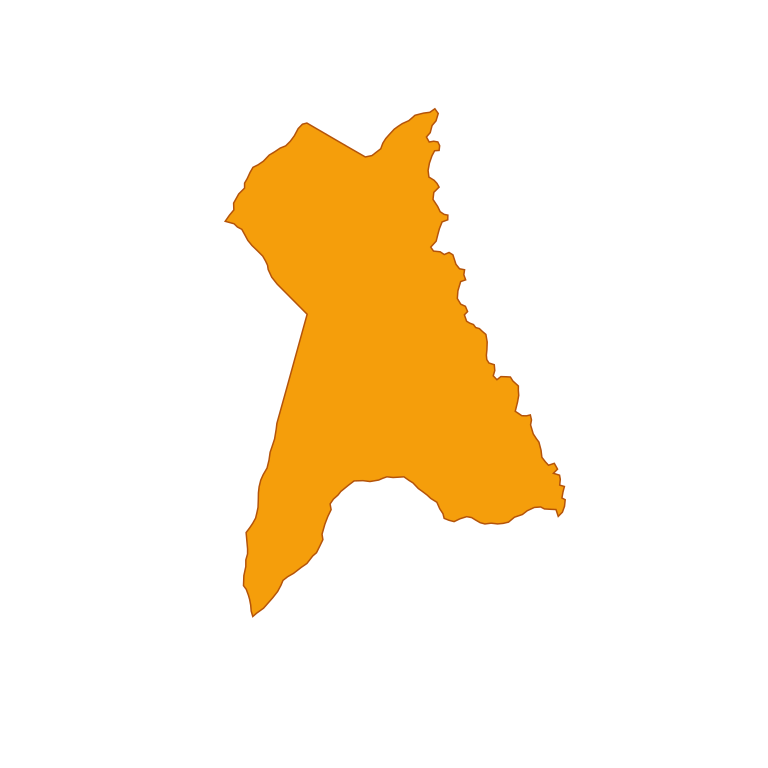 the district of Jaguapitã, Paraná, Brazil, rotated 208°
{"feature_id": "56859067B47471443694247", "entity_name": "Jaguapitã", "entity_type": "district", "adm_level": 2, "iso_a3": "BRA", "parent_name": "Brazil", "parent_adm1": "Paraná", "projection": "equal_earth", "projection_center": [-51.575, -23.05], "detail": "fine", "context": "isolated", "style": "filled", "palette": "amber", "viewbox_px": 768, "rotation_deg": 208, "n_neighbors": 0, "source": "geoboundaries", "source_scale": "gbopen_adm2", "svg_char_len": 3075}
<svg xmlns="http://www.w3.org/2000/svg" viewBox="0 0 768 768"><g transform="rotate(208 384 384)"><path d="M360.8,514.3L364.8,517.9L366.5,522.7L371.4,521.2L376.7,523.5L380.1,526.8L383.8,530.4L388.3,530.7L391.6,526.6L396.5,527.1L402.7,524.6L407.0,526.8L405.0,534.6L406.7,541.5L408.0,547.2L408.8,554.4L404.8,558.9L406.9,563.1L410.5,562.0L415.3,562.5L419.9,565.9L427.4,570.0L430.0,576.6L427.8,583.7L431.4,586.0L435.4,587.4L441.5,587.8L445.3,593.2L447.6,600.4L448.8,608.1L448.8,613.7L445.0,616.1L446.7,620.5L450.1,623.0L454.1,621.7L457.7,618.9L462.5,622.0L461.2,627.6L462.9,634.8L461.6,640.7L463.1,648.3L468.3,650.9L471.1,645.4L476.2,641.8L479.1,639.2L482.8,635.8L485.7,628.2L490.1,622.5L492.6,617.9L494.6,613.8L496.5,606.6L497.7,601.5L498.1,596.1L497.3,590.2L501.9,580.0L507.1,575.7L528.2,576.4L574.6,578.2L578.0,575.1L579.7,569.2L579.7,561.0L580.7,554.3L582.6,548.1L586.4,543.6L589.6,537.6L592.8,532.3L595.1,524.1L598.1,518.4L601.4,513.8L601.6,508.1L601.2,501.3L601.4,495.9L599.1,491.5L601.5,483.6L601.7,473.1L598.3,467.2L599.7,460.5L600.6,453.1L591.6,455.1L587.2,453.8L582.1,453.8L577.1,450.5L571.7,446.9L565.6,444.3L557.6,442.0L551.1,440.0L546.2,436.9L542.5,434.1L540.0,430.7L533.3,425.6L525.1,422.0L484.6,409.5L468.5,337.2L460.1,299.0L458.0,293.6L454.8,284.1L453.4,275.9L452.5,270.3L449.8,262.8L447.8,254.9L448.1,247.2L447.7,241.3L446.0,234.6L443.8,229.0L440.5,222.5L437.3,215.9L435.8,210.7L434.4,205.3L434.5,199.5L435.0,194.5L436.0,188.1L427.0,174.3L424.7,169.9L423.4,163.8L420.3,157.9L417.8,149.1L413.4,140.0L409.2,138.0L404.5,133.8L401.6,130.8L397.9,126.2L394.7,121.2L390.7,117.1L388.9,121.8L385.1,129.5L381.9,143.0L380.5,150.9L380.5,158.1L381.0,163.2L378.6,168.6L374.9,174.5L371.0,183.2L367.8,189.4L366.2,198.7L364.4,203.3L364.6,210.2L364.9,217.9L368.2,222.3L370.4,232.5L371.4,240.5L371.7,248.2L375.3,252.8L374.6,258.7L372.5,264.3L371.7,268.8L367.9,277.9L364.9,284.4L357.2,288.8L350.6,291.3L343.6,296.7L340.9,300.1L337.9,303.4L332.1,305.7L322.8,311.4L316.4,310.6L312.0,310.3L304.6,307.8L300.0,307.2L293.8,306.2L288.9,304.9L281.8,304.4L276.2,300.0L271.1,297.2L267.8,293.6L262.5,294.2L257.5,295.4L253.7,300.6L248.7,305.7L243.9,307.2L239.5,306.9L234.0,306.7L229.2,307.8L224.1,311.4L218.0,313.8L213.3,316.9L209.2,320.5L206.3,327.6L200.5,333.8L198.0,339.4L193.3,345.6L187.9,349.0L183.7,349.0L177.6,351.8L173.2,353.9L168.0,348.9L166.3,354.6L167.2,360.8L169.7,366.9L173.4,366.9L175.3,372.8L176.6,378.2L181.4,377.2L183.6,382.6L186.2,385.9L192.5,384.7L190.8,390.3L196.4,393.9L200.6,389.5L204.9,391.0L210.2,393.4L214.3,399.3L219.9,405.4L223.7,407.2L228.8,410.0L235.4,416.7L236.9,421.5L240.3,425.4L243.2,422.8L247.4,420.7L255.3,421.5L257.6,430.7L259.7,437.2L262.3,441.3L264.4,445.3L271.7,447.2L275.7,449.5L279.2,447.9L284.3,445.4L286.3,440.8L291.4,442.5L292.5,447.9L295.7,452.8L301.2,451.8L304.7,453.8L307.1,457.4L309.2,462.5L312.6,469.5L317.3,475.6L321.8,476.6L325.8,477.7L329.6,476.9L332.9,478.5L336.9,478.0L340.5,478.2L345.5,482.8L344.2,487.2L348.6,490.8L353.7,490.5L359.4,493.9L362.5,501.0L364.4,510.4L360.8,514.3Z" fill="#f59e0b" stroke="#b45309" stroke-width="1.5"/></g></svg>